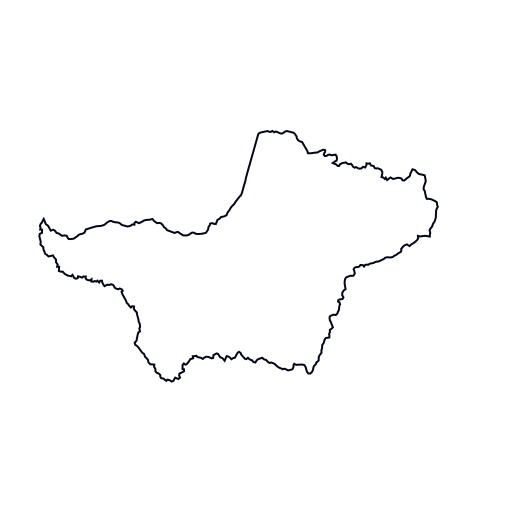 the district of Araguapaz, Goiás, Brazil, rotated 333°
{"feature_id": "56859067B52575065331829", "entity_name": "Araguapaz", "entity_type": "district", "adm_level": 2, "iso_a3": "BRA", "parent_name": "Brazil", "parent_adm1": "Goiás", "projection": "natural_earth1", "projection_center": [-50.464, -15.136], "detail": "fine", "context": "isolated", "style": "outline", "palette": "ink", "viewbox_px": 512, "rotation_deg": 333, "n_neighbors": 0, "source": "geoboundaries", "source_scale": "gbopen_adm2", "svg_char_len": 6107}
<svg xmlns="http://www.w3.org/2000/svg" viewBox="0 0 512 512"><g transform="rotate(333 256 256)"><path d="M313.2,148.6L282.1,182.2L281.3,183.5L279.7,185.2L271.8,193.7L270.0,195.2L268.6,195.5L262.6,198.3L260.3,199.7L255.8,201.3L254.2,202.4L252.3,203.5L250.8,204.1L248.2,206.3L245.3,206.2L242.5,205.4L240.7,206.2L238.1,206.3L234.7,209.3L233.3,208.4L231.7,206.7L229.8,206.3L228.7,207.7L226.9,208.5L225.4,210.6L223.5,211.8L221.8,212.6L217.8,211.6L214.1,210.0L212.5,208.9L211.0,206.8L209.4,206.1L205.6,206.6L203.2,206.1L200.4,204.5L198.1,200.5L197.4,199.1L196.1,198.7L193.9,198.5L188.5,192.6L188.0,190.1L187.1,188.4L187.1,186.8L186.3,183.9L184.7,182.5L182.7,181.8L181.1,178.6L180.5,176.0L178.1,175.5L174.7,174.1L172.4,173.5L170.8,173.7L166.7,173.7L164.4,170.9L162.7,171.4L161.9,172.9L160.0,171.7L158.2,172.1L156.7,171.9L154.8,171.3L150.4,167.3L149.9,165.7L149.0,164.2L147.8,163.2L145.8,162.0L144.3,160.7L142.9,159.0L141.2,158.4L138.2,158.6L135.2,159.4L132.8,159.1L130.7,158.5L127.4,157.1L123.0,156.2L116.4,155.1L113.9,157.2L111.8,157.4L109.0,156.7L107.4,156.7L106.0,157.2L101.5,157.8L98.4,156.7L96.8,155.8L96.5,154.1L96.5,152.1L95.1,150.9L92.3,149.9L90.3,146.2L88.8,145.0L88.3,142.1L87.2,140.5L84.6,140.2L84.5,134.9L83.2,132.0L83.7,126.6L82.4,127.4L80.5,129.0L78.9,129.5L77.1,131.1L77.0,132.7L75.7,134.5L77.3,135.4L75.9,138.2L73.4,138.1L71.9,140.1L70.7,145.5L69.1,148.0L70.5,151.6L69.7,153.2L69.2,158.4L70.3,160.3L70.9,162.2L75.4,163.3L75.4,165.5L76.2,168.4L75.0,170.8L75.4,173.6L73.9,175.3L75.7,176.2L73.5,179.9L75.2,181.5L76.7,182.2L77.4,185.0L79.2,187.8L82.2,190.2L83.9,189.5L84.1,193.0L85.1,194.4L87.0,194.8L88.2,193.3L89.9,194.8L91.2,196.3L92.9,195.9L95.0,197.0L94.0,198.8L94.7,200.6L96.8,202.3L98.9,202.0L97.8,204.0L99.4,205.1L100.8,205.0L102.1,206.3L103.5,206.0L104.2,208.4L105.9,207.3L107.6,208.1L107.0,209.6L107.0,211.6L107.3,214.1L110.6,214.1L112.3,215.3L114.0,215.3L115.4,216.7L115.8,218.2L115.7,220.0L116.6,221.6L118.4,223.2L119.8,223.1L121.3,224.8L121.4,226.6L120.0,226.8L119.6,229.9L119.9,237.1L119.5,239.0L120.3,241.2L120.4,242.8L121.1,245.1L122.8,244.5L124.4,245.7L123.1,247.7L123.6,250.3L124.2,252.1L123.6,253.6L122.5,258.8L121.7,261.2L121.6,263.8L120.5,266.6L119.2,267.5L118.4,270.5L116.4,270.7L114.6,272.7L111.0,277.3L108.5,278.2L108.1,280.5L109.0,281.7L109.8,284.5L110.7,290.4L111.8,292.5L111.4,295.4L112.6,299.0L111.9,302.2L112.6,304.4L116.1,306.6L114.9,308.4L115.0,311.2L114.0,313.2L114.6,315.0L115.8,316.4L116.7,318.5L115.9,320.2L116.1,321.9L118.0,323.3L118.6,325.1L119.5,326.5L120.9,325.9L122.7,327.5L123.9,329.6L125.7,329.7L128.8,327.7L131.0,330.4L133.0,329.9L133.3,327.5L134.4,326.0L136.7,326.1L139.6,326.0L140.4,324.2L139.2,323.4L140.1,321.8L140.9,319.9L142.9,319.0L143.7,320.7L145.0,321.0L148.6,319.4L150.6,318.1L153.5,318.6L154.2,316.6L155.5,317.3L157.6,317.8L157.9,319.4L160.8,321.8L161.9,323.6L163.5,323.1L165.8,323.1L168.0,324.5L170.0,327.1L171.5,327.4L173.1,325.0L176.6,324.9L177.7,325.9L178.1,329.8L179.8,332.0L180.5,335.1L184.4,331.9L185.8,333.1L186.7,334.7L187.2,336.8L189.5,336.6L190.9,337.1L195.7,333.8L197.4,333.7L198.3,335.5L198.1,337.2L199.4,342.4L200.5,343.5L202.6,343.0L203.2,344.7L204.2,346.3L205.3,347.4L205.5,349.2L207.1,350.6L209.2,349.3L211.0,348.9L215.4,349.5L216.1,351.6L217.8,353.2L218.4,355.3L219.4,357.4L221.2,357.8L222.6,359.3L223.7,360.7L224.6,363.6L226.1,366.3L227.4,367.6L228.4,369.0L230.1,369.3L231.4,370.7L232.6,372.5L236.3,373.4L237.7,373.1L239.1,371.8L239.9,370.2L241.1,369.4L242.2,371.1L247.9,373.7L249.6,375.2L249.8,377.4L248.9,382.0L249.2,384.3L251.0,385.4L253.1,384.8L254.6,383.8L257.3,380.6L260.5,379.4L261.5,378.2L263.1,378.0L264.4,377.5L266.1,374.4L268.1,373.0L270.4,372.0L271.5,369.7L272.7,368.5L274.8,365.2L276.5,364.5L279.4,361.5L281.0,360.8L284.3,361.9L285.2,360.5L285.7,358.7L287.2,357.5L288.3,355.3L290.2,355.1L292.1,354.5L292.7,348.5L292.6,346.8L293.3,344.9L294.2,343.4L296.2,343.2L298.5,343.5L300.3,344.8L302.4,344.2L303.7,342.9L305.3,341.8L307.7,338.2L309.0,337.2L309.3,335.0L308.4,333.8L309.6,332.5L313.7,333.5L315.1,332.6L315.0,330.0L316.4,327.7L318.7,326.5L320.8,326.2L322.3,321.1L323.7,318.5L325.2,316.8L326.7,316.0L329.2,316.2L331.3,316.5L332.5,317.3L333.9,317.8L336.1,316.4L336.7,314.2L336.9,312.2L338.5,311.2L340.3,311.4L341.8,312.1L343.5,312.2L345.0,311.4L347.1,312.7L347.5,314.4L349.2,313.5L350.7,313.9L352.0,314.8L353.8,314.5L357.4,315.5L360.5,315.6L362.5,316.5L368.3,316.7L370.3,316.2L372.1,316.6L375.4,318.5L377.7,319.0L379.4,318.5L381.1,318.7L383.9,318.2L386.7,318.1L388.0,317.1L388.6,315.6L391.0,314.5L392.9,314.0L395.7,314.1L397.3,316.9L399.6,316.2L403.2,315.9L406.4,315.1L408.4,314.0L409.4,311.6L411.1,313.1L415.9,314.8L419.7,317.6L420.4,316.2L421.7,314.6L422.4,311.8L423.8,310.8L426.1,309.8L428.7,307.4L430.2,306.8L431.9,305.3L433.8,303.2L436.9,297.6L438.4,296.0L440.3,294.7L440.6,292.6L441.5,290.3L440.8,288.8L437.9,285.0L435.8,283.4L434.1,282.6L434.3,280.4L435.9,274.5L435.6,272.8L436.4,271.3L437.4,270.1L441.2,266.5L442.4,262.7L442.9,260.6L438.3,256.8L437.3,254.3L436.7,251.6L434.8,249.8L430.9,252.7L429.7,254.3L428.4,254.9L426.4,255.1L422.4,256.0L420.9,255.1L420.8,253.2L419.8,251.9L417.9,250.7L413.2,249.7L411.5,247.1L407.3,247.8L407.2,245.2L405.8,245.9L405.1,244.0L403.7,242.6L406.1,239.7L406.7,238.3L406.6,235.8L404.2,233.0L402.8,232.6L401.7,231.6L401.7,229.3L399.5,227.5L399.5,225.1L398.0,224.7L396.5,223.6L395.3,225.5L393.4,226.7L391.9,225.1L389.6,225.8L387.5,225.0L385.4,222.1L383.9,222.1L383.0,220.4L382.9,218.6L382.5,216.9L380.5,216.4L379.4,215.3L378.5,213.4L375.0,212.4L372.5,212.4L370.8,213.5L369.6,212.7L369.0,210.8L366.6,208.0L369.1,207.6L371.1,207.6L372.2,206.3L373.1,204.0L372.9,201.8L369.1,200.6L367.5,198.9L366.1,198.6L364.4,198.8L362.7,198.2L362.4,196.5L363.4,195.4L364.9,194.6L365.7,193.0L364.1,191.8L359.6,191.5L358.0,191.7L354.4,190.3L352.4,189.7L350.3,188.8L348.9,187.9L349.4,185.7L348.8,175.3L347.1,173.8L346.1,171.9L345.8,169.8L346.4,168.0L346.1,165.1L345.5,163.3L340.4,158.8L339.0,158.3L335.0,158.8L333.4,157.9L331.1,155.0L329.9,154.0L328.3,154.0L327.3,152.0L325.3,152.1L324.1,151.2L323.0,149.9L316.3,148.1L314.6,148.0L313.2,148.6Z" fill="none" stroke="#020617" stroke-width="2"/></g></svg>